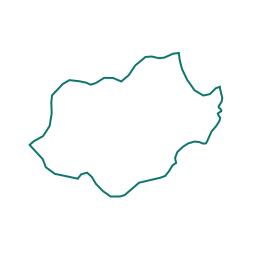 map outline of Bam (orthographic projection), rotated 255°
{"feature_id": "BFA-2811", "entity_name": "Bam", "entity_type": "Province", "adm_level": 1, "iso_a3": "BFA", "parent_name": "Burkina Faso", "parent_adm1": "", "projection": "orthographic", "projection_center": [-1.569, 13.448], "detail": "fine", "context": "isolated", "style": "outline", "palette": "teal", "viewbox_px": 256, "rotation_deg": 255, "n_neighbors": 0, "source": "natural_earth", "source_scale": "10m", "svg_char_len": 1042}
<svg xmlns="http://www.w3.org/2000/svg" viewBox="0 0 256 256"><g transform="rotate(255 128 128)"><path d="M113.9,219.7L111.0,218.0L106.9,213.5L103.1,207.8L94.4,200.8L93.0,199.3L93.4,196.7L96.2,192.9L97.7,188.5L97.5,181.9L95.6,176.1L92.0,169.4L86.8,165.7L81.8,165.4L80.4,161.4L75.5,156.2L72.1,151.6L71.6,146.4L72.3,124.5L64.1,107.5L63.9,102.7L66.3,93.5L73.7,87.3L82.3,82.6L90.3,80.3L95.4,76.9L95.4,71.0L93.2,67.7L92.0,66.5L102.7,45.4L111.3,38.5L119.9,37.6L137.1,28.6L139.5,33.3L142.2,43.9L150.2,52.8L161.9,58.1L172.8,60.6L179.2,63.1L180.0,64.4L187.4,76.4L189.4,83.8L185.7,93.2L182.5,99.5L179.5,103.1L179.7,108.3L182.6,118.0L180.2,126.5L174.7,133.5L178.7,142.2L186.6,151.3L192.1,163.3L190.9,169.4L187.4,176.0L186.6,181.4L188.1,190.8L187.3,196.5L179.9,195.5L171.0,195.4L159.3,197.6L147.1,202.1L139.9,209.1L139.5,215.9L143.7,223.1L144.0,227.4L142.1,227.1L132.4,226.8L129.0,225.1L125.5,221.1L123.9,221.1L122.8,222.1L121.3,222.7L120.1,222.4L119.5,220.4L118.8,218.6L117.0,218.6L113.9,219.7Z" fill="none" stroke="#0f766e" stroke-width="2"/></g></svg>